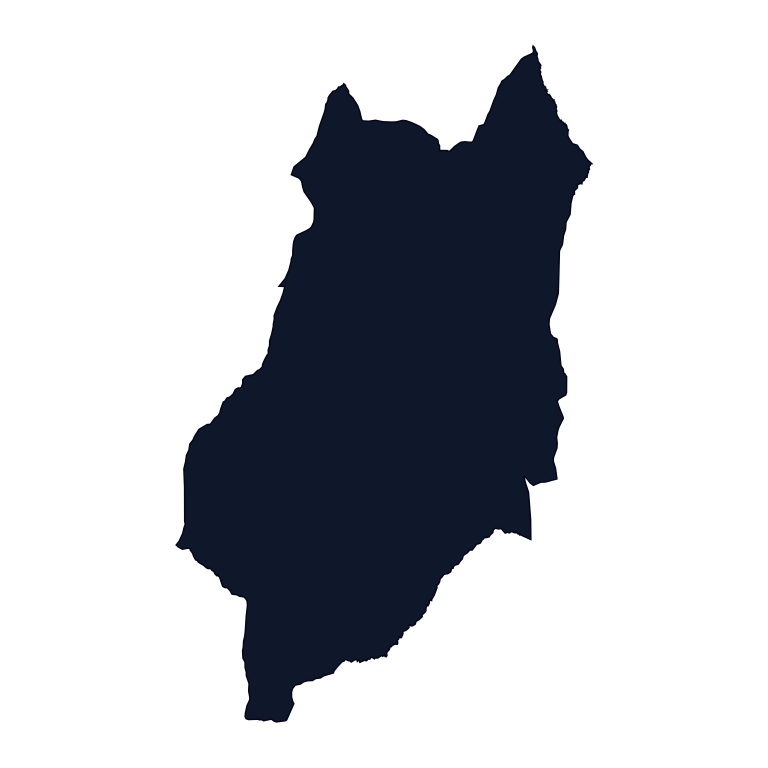 Manyoni, Singida, United Republic of Tanzania (Equal Earth projection)
{"feature_id": "72390352B73180368039512", "entity_name": "Manyoni", "entity_type": "district", "adm_level": 2, "iso_a3": "TZA", "parent_name": "United Republic of Tanzania", "parent_adm1": "Singida", "projection": "equal_earth", "projection_center": [34.654, -6.406], "detail": "fine", "context": "isolated", "style": "filled", "palette": "ink", "viewbox_px": 768, "rotation_deg": 0, "n_neighbors": 0, "source": "geoboundaries", "source_scale": "gbopen_adm2", "svg_char_len": 6061}
<svg xmlns="http://www.w3.org/2000/svg" viewBox="0 0 768 768"><path d="M589.4,169.4L588.9,166.6L590.4,165.1L590.3,163.9L591.8,163.7L587.5,159.8L585.6,157.2L582.9,151.7L579.5,148.8L577.4,145.3L572.5,143.7L568.8,138.1L567.8,135.9L567.9,131.7L568.4,130.0L567.1,128.7L566.8,126.2L566.1,124.7L565.0,124.4L565.0,123.4L563.6,123.3L563.1,122.3L561.7,121.7L561.4,120.7L561.0,121.2L560.8,120.4L559.6,120.0L556.8,115.1L556.3,111.7L556.9,111.0L556.0,109.0L556.5,106.5L555.8,105.9L556.0,104.8L554.5,103.1L554.9,102.2L553.8,101.4L554.1,100.1L553.0,100.2L552.6,99.1L551.4,98.3L551.1,97.3L550.5,97.2L550.6,96.5L549.8,95.2L549.0,94.5L548.2,94.9L546.4,92.8L547.1,91.4L546.1,90.7L546.9,90.1L545.8,90.0L546.0,89.3L545.5,87.2L544.3,86.1L543.2,86.2L543.3,84.6L542.6,83.1L543.0,82.1L542.0,80.1L541.3,76.8L540.7,76.5L540.9,75.3L540.1,74.9L540.7,71.9L540.1,71.3L539.8,69.5L540.0,68.4L540.5,68.2L540.4,66.6L540.8,65.3L538.0,61.2L537.8,59.0L536.9,56.3L537.0,55.2L536.4,55.1L536.9,54.9L536.8,54.1L537.2,54.1L537.0,52.8L536.2,52.1L534.4,47.4L533.1,46.1L532.8,47.5L533.7,51.2L532.6,53.4L524.2,57.2L521.5,59.1L509.9,75.3L507.6,76.5L504.6,79.5L501.7,81.4L501.6,82.3L498.3,88.1L496.5,94.7L494.0,100.2L490.0,111.3L488.1,114.4L485.4,121.8L483.9,124.7L479.0,126.0L473.3,140.9L471.6,142.4L464.6,141.8L460.7,142.3L454.7,146.4L450.0,151.1L448.4,151.4L447.4,150.6L439.6,150.5L439.5,145.6L438.4,143.7L438.0,140.5L437.4,139.5L430.9,135.4L428.0,134.3L424.0,129.6L419.8,126.5L412.4,123.0L405.9,120.7L402.5,120.4L396.3,122.0L391.4,122.1L383.0,121.8L375.5,120.3L368.5,121.3L362.4,120.9L361.4,118.7L359.7,111.4L357.6,105.6L352.9,98.1L348.6,93.9L348.5,90.9L345.5,86.4L345.5,85.3L343.8,83.8L342.8,85.7L342.4,85.4L339.4,87.3L338.5,87.1L337.6,88.9L335.6,90.7L332.9,91.3L329.6,95.4L328.2,97.8L328.0,100.2L327.0,102.9L325.8,104.2L325.3,109.0L324.5,112.1L319.5,126.4L317.1,136.1L314.8,139.6L313.7,142.7L309.3,150.3L305.8,157.3L294.1,166.9L291.4,174.7L298.8,177.9L300.6,179.6L301.8,181.7L302.6,186.4L304.2,191.7L311.5,202.2L314.5,207.9L314.2,219.3L313.9,221.8L311.5,227.1L309.5,228.9L305.9,231.0L297.0,235.1L295.3,237.4L293.7,241.9L292.9,249.6L292.8,255.3L291.4,258.8L291.1,261.8L288.9,270.3L285.3,278.5L279.1,286.2L284.8,286.5L283.3,292.8L280.6,300.5L277.5,306.9L274.2,315.6L274.3,319.1L273.3,324.5L273.4,326.2L271.8,333.8L269.7,340.7L269.6,345.6L268.2,350.2L268.4,353.5L266.8,355.6L264.5,360.0L262.7,364.2L262.3,367.0L259.5,369.8L257.7,370.4L253.3,374.7L245.5,376.4L242.7,379.8L242.8,383.3L241.6,387.0L240.1,388.2L238.4,387.9L236.1,389.0L235.2,389.9L233.1,394.2L229.7,397.2L227.0,398.0L225.1,401.0L223.3,402.1L221.0,408.3L219.9,412.7L218.3,415.6L214.7,418.3L210.4,424.3L207.0,424.6L199.0,429.4L194.5,436.5L193.0,440.0L189.8,444.1L189.0,450.1L186.5,455.3L185.6,461.8L183.9,468.9L184.6,487.2L184.7,521.3L185.3,524.2L184.0,527.9L182.8,533.3L179.3,541.0L176.2,545.0L178.4,547.0L182.4,549.2L188.3,548.1L189.9,548.5L190.3,550.0L192.8,553.5L193.5,556.0L195.7,559.9L197.5,560.4L198.3,562.1L203.6,565.3L206.5,567.8L208.2,568.6L210.6,568.4L212.1,570.5L213.8,571.3L215.1,574.1L217.0,575.8L218.2,574.9L218.4,575.9L219.7,577.2L222.6,586.3L225.2,587.6L227.4,587.7L230.0,590.6L232.0,594.1L237.2,594.8L239.4,596.2L243.8,596.9L245.5,598.4L247.1,600.9L247.5,605.3L246.3,616.0L245.4,630.4L244.8,636.0L243.6,641.2L243.3,647.3L242.6,650.8L243.0,658.2L245.1,662.2L245.1,667.5L246.4,672.4L246.3,675.4L249.1,683.6L248.7,691.1L249.9,697.7L249.7,700.0L247.1,705.6L245.6,712.1L245.1,716.5L246.2,718.7L248.5,719.5L257.8,719.2L259.8,719.8L261.5,719.6L263.6,720.7L271.4,719.1L273.8,720.9L276.3,721.9L285.5,720.7L286.6,720.0L293.8,703.7L292.7,701.5L291.5,697.1L291.5,692.0L292.5,688.5L295.4,685.0L300.3,684.1L303.6,681.8L307.6,680.7L312.5,680.5L315.7,678.5L320.4,677.9L323.9,675.7L333.4,672.9L333.9,671.0L337.6,666.4L342.2,661.5L344.1,661.0L345.0,659.6L345.7,659.4L348.6,660.8L349.9,660.7L351.2,662.0L354.8,659.9L356.4,659.5L356.9,659.7L357.3,661.3L358.6,659.9L359.9,662.3L364.2,660.3L366.5,660.7L368.1,659.0L369.8,659.1L371.0,657.2L373.5,658.0L374.3,658.8L374.9,658.0L377.7,658.0L381.3,655.6L382.7,656.2L383.2,655.6L384.1,655.9L384.7,655.1L385.4,656.6L386.4,656.6L386.9,655.5L386.7,652.9L387.1,651.8L389.2,649.6L390.2,646.6L391.2,646.7L392.2,645.4L395.0,644.1L397.2,644.3L397.7,643.2L397.4,640.1L398.6,639.0L399.0,637.2L400.9,637.7L401.5,637.3L403.0,633.5L402.7,631.9L403.8,630.8L404.8,630.9L406.4,630.0L408.9,627.7L408.9,626.0L409.6,624.7L410.1,624.7L410.9,625.9L412.6,625.7L415.0,624.4L416.2,621.2L418.8,619.8L422.2,616.7L422.2,616.1L421.6,615.7L422.0,614.9L425.1,612.1L425.9,610.7L425.9,608.5L426.7,605.1L427.9,605.8L429.2,603.4L429.4,600.9L430.2,600.2L431.6,600.5L431.7,599.3L434.2,595.1L437.0,587.6L436.6,585.7L438.4,584.1L439.5,581.9L440.3,578.2L441.4,577.8L443.7,574.6L445.3,573.9L447.7,573.7L450.7,571.8L451.4,568.7L453.1,568.2L453.3,566.7L455.1,565.1L458.3,564.1L460.4,560.9L462.0,559.4L462.7,557.6L462.7,556.7L464.0,554.9L467.3,552.8L469.7,550.0L472.2,550.0L476.9,543.8L477.8,544.0L480.4,543.0L482.1,539.8L483.4,539.0L484.5,537.3L485.8,537.7L489.1,536.8L490.2,535.0L492.7,532.7L493.3,529.7L495.4,528.2L498.5,528.9L501.2,528.5L505.2,533.1L507.3,532.2L509.5,532.9L511.4,531.4L514.4,532.7L516.8,532.7L518.2,534.0L519.7,533.7L519.7,534.9L520.5,534.8L530.8,539.5L530.6,519.6L528.5,492.4L525.1,482.0L524.2,476.6L525.3,476.7L530.3,483.0L533.4,485.3L540.9,482.1L545.4,482.0L556.9,478.9L555.5,468.4L553.3,461.4L553.3,459.0L553.7,456.8L556.9,448.0L557.2,443.1L556.5,437.5L557.9,430.1L559.0,426.9L563.2,418.6L563.1,417.2L558.5,405.7L557.2,401.1L559.0,398.8L565.6,395.0L566.5,392.4L566.6,376.7L564.7,373.6L563.6,373.1L563.2,369.0L560.9,365.8L559.5,351.4L557.4,343.2L557.1,339.5L556.4,338.6L553.5,337.6L550.8,334.4L550.3,333.4L548.9,324.5L549.3,318.6L555.3,304.5L558.3,293.3L559.4,250.8L562.4,244.4L563.5,235.4L565.5,229.5L566.0,222.1L570.0,214.5L570.9,203.2L572.6,196.0L573.6,194.4L574.4,194.3L574.4,190.6L577.4,187.9L577.5,184.7L579.0,184.2L579.7,183.0L579.9,183.5L581.9,183.8L582.0,182.5L582.8,181.0L583.9,180.5L585.9,177.2L587.0,177.3L587.6,173.7L588.4,172.2L588.3,170.3L589.4,169.4Z" fill="#0f172a" stroke="#020617" stroke-width="1.5"/></svg>